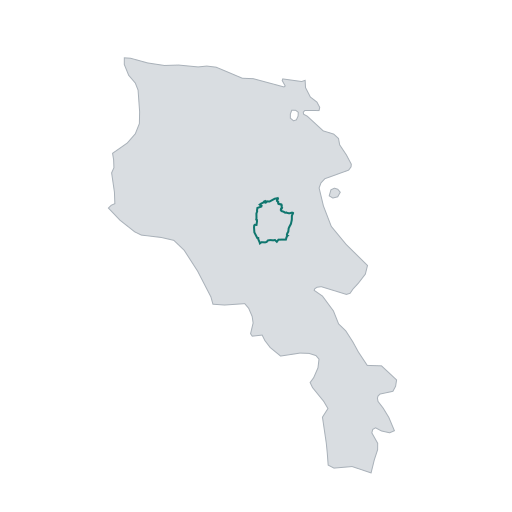 location of Gavar, Gegharkunik, Armenia, rotated 16°
{"feature_id": "60910142B38789049969589", "entity_name": "Gavar", "entity_type": "district", "adm_level": 2, "iso_a3": "ARM", "parent_name": "Armenia", "parent_adm1": "Gegharkunik", "projection": "mercator", "projection_center": [45.138, 40.338], "detail": "fine", "context": "in_parent", "style": "outline", "palette": "teal", "viewbox_px": 512, "rotation_deg": 16, "n_neighbors": 0, "source": "geoboundaries", "source_scale": "gbopen_adm2", "svg_char_len": 5348}
<svg xmlns="http://www.w3.org/2000/svg" viewBox="0 0 512 512"><g transform="rotate(16 256 256)"><path d="M227.9,314.2L223.9,307.7L204.0,286.6L185.4,270.3L172.7,263.6L159.9,264.3L140.0,267.5L132.7,266.2L115.4,259.1L100.9,250.6L102.9,247.1L105.9,244.6L102.3,233.6L94.3,215.9L95.1,210.3L92.6,202.7L89.8,196.8L101.1,182.9L106.3,171.8L107.4,160.9L104.4,149.5L96.9,129.0L92.3,123.0L83.8,117.4L76.6,108.2L74.8,101.8L80.8,100.5L98.5,100.3L115.5,98.1L128.9,93.8L148.3,90.2L156.3,87.0L165.6,85.5L193.9,88.9L204.5,86.3L236.3,85.8L237.2,84.5L232.8,80.1L232.9,78.4L251.8,75.7L254.8,73.6L257.2,80.5L264.4,88.2L272.2,91.3L276.3,95.6L276.5,98.8L262.8,102.7L261.8,104.7L262.7,106.6L266.8,107.5L286.1,117.2L297.1,117.4L302.9,120.3L305.8,126.1L315.0,133.9L322.3,141.5L322.8,144.1L321.4,147.9L300.9,162.7L298.3,167.8L297.9,173.2L307.0,189.3L320.2,206.8L339.4,220.0L365.8,234.4L366.1,243.3L361.9,253.9L358.3,261.1L356.7,265.9L353.5,268.0L327.2,267.5L323.3,269.2L321.5,271.3L321.4,273.0L330.9,276.2L345.6,287.5L354.1,298.5L362.9,303.2L372.8,311.9L380.8,320.0L393.1,330.5L406.9,327.0L425.3,336.4L426.1,342.7L424.9,348.3L413.3,354.5L411.9,357.0L411.9,359.2L413.4,362.2L420.2,367.2L428.2,374.6L437.2,385.8L433.2,389.1L424.8,389.6L418.3,388.2L416.0,390.5L416.1,394.1L424.6,402.5L426.3,408.7L425.9,419.4L426.4,432.8L406.4,431.9L389.4,438.4L383.0,437.1L378.8,425.7L375.1,416.4L364.3,392.6L367.2,382.8L361.2,377.1L346.6,366.9L342.9,362.7L345.0,357.0L346.4,346.4L345.0,337.8L341.1,335.2L333.8,335.0L325.0,337.2L307.2,345.4L294.9,340.1L287.8,334.8L283.7,330.3L274.5,334.1L272.2,332.2L271.7,321.2L269.0,315.2L263.4,308.3L258.3,304.9L239.3,311.8L227.9,314.2ZM257.3,114.0L257.9,109.9L257.0,106.2L254.0,105.0L250.2,106.0L249.9,110.1L251.0,114.0L254.8,115.7L257.3,114.0ZM318.2,176.6L313.9,179.1L309.8,178.0L309.8,171.7L312.7,169.2L316.2,169.3L319.4,171.5L318.2,176.6Z" fill="#d9dde1" stroke="#a8b0b8" stroke-width="1"/><path d="M244.7,215.1L246.0,219.4L246.2,220.9L246.9,221.0L247.4,222.3L247.8,225.2L247.9,226.0L246.3,226.3L245.9,227.0L246.0,227.1L246.1,228.6L246.2,229.0L247.9,233.7L252.2,238.3L253.2,238.1L253.6,239.3L255.6,241.7L256.3,242.8L257.5,241.2L261.0,240.4L262.3,239.6L263.2,237.7L265.5,236.7L268.3,236.2L269.8,235.4L272.1,236.6L273.1,234.1L277.1,232.9L280.2,232.0L280.2,231.6L280.2,231.1L280.2,230.9L280.2,230.7L280.1,230.3L280.2,230.1L280.2,229.8L280.2,229.6L280.2,229.4L280.2,229.2L280.3,229.1L280.4,228.9L280.4,228.7L280.4,228.3L280.5,228.2L280.5,227.9L280.7,227.7L280.3,227.6L280.2,227.6L280.0,227.4L279.9,227.3L279.9,227.1L279.8,226.8L279.8,226.5L279.8,226.3L279.8,226.0L279.9,225.5L279.9,225.4L279.9,225.2L280.0,225.1L280.0,224.8L280.1,224.6L280.2,224.3L280.2,224.2L280.2,223.9L280.3,223.8L280.3,223.6L280.3,223.3L280.2,223.1L280.2,222.9L280.1,222.6L280.1,222.3L280.1,222.2L280.0,221.8L280.0,221.6L279.9,221.2L279.8,220.8L279.8,220.7L279.8,220.3L279.9,219.6L279.9,219.3L280.0,219.1L280.0,218.8L280.1,218.6L280.1,218.4L280.1,218.2L280.2,217.9L280.3,217.5L280.3,217.3L280.5,216.7L280.5,216.4L280.5,216.2L280.6,215.8L280.7,215.7L280.7,215.3L280.7,215.2L280.7,214.9L280.7,214.7L280.6,214.3L280.6,214.0L280.6,213.7L280.6,213.3L280.6,213.1L280.5,212.8L280.5,212.7L280.5,212.4L280.5,211.9L280.5,211.7L280.4,211.5L280.4,211.4L280.4,211.2L280.3,210.9L280.3,210.7L280.2,210.4L280.1,210.1L280.1,209.9L280.0,209.6L279.9,209.3L279.8,209.0L279.8,208.9L279.7,208.5L279.6,208.3L279.6,208.1L279.5,207.8L279.5,207.7L279.4,207.4L279.4,207.1L279.4,206.9L279.5,206.5L279.5,206.3L279.6,206.0L279.6,205.8L279.6,205.7L279.8,205.2L279.8,204.9L279.8,204.6L279.7,204.5L279.7,204.4L279.4,204.3L279.2,204.3L278.8,204.4L278.7,204.4L278.5,204.5L278.4,204.6L278.2,204.6L277.9,204.8L277.6,205.0L277.4,205.2L277.0,205.4L276.6,205.6L276.4,205.7L276.2,205.8L275.9,205.8L275.7,205.9L275.4,205.9L275.1,205.9L274.9,205.9L274.0,206.0L273.8,206.0L273.6,205.9L273.4,205.9L273.2,205.8L272.9,205.9L272.8,206.0L272.6,206.1L272.4,206.2L272.3,206.3L272.2,206.3L271.8,206.3L271.7,206.3L271.5,206.2L271.4,206.2L271.0,206.0L270.7,205.9L270.3,205.9L270.1,205.8L269.9,205.8L269.3,205.8L268.7,205.8L268.4,205.8L268.3,205.7L268.1,205.7L267.9,205.6L267.7,205.5L267.6,205.4L267.4,205.2L267.1,204.9L267.1,204.7L267.2,204.4L267.3,204.4L267.3,204.2L267.2,204.1L267.2,203.9L267.1,203.7L267.3,203.5L267.5,203.5L267.6,203.4L267.7,203.2L267.6,202.9L267.6,202.7L267.7,202.4L267.4,202.2L267.2,202.1L267.2,201.9L267.1,201.6L267.0,201.4L267.0,201.1L266.9,200.9L267.0,200.8L267.0,200.7L266.9,200.6L266.8,200.4L266.7,200.3L266.7,200.2L266.6,199.9L266.4,199.6L266.2,199.4L265.9,199.4L265.8,199.5L265.7,199.4L265.4,199.4L265.3,199.5L265.0,199.7L264.9,199.7L264.7,199.7L264.4,199.5L264.2,199.5L263.9,199.6L263.7,199.6L263.6,199.8L263.3,199.8L263.2,199.7L263.0,199.4L262.9,199.2L262.7,199.1L262.6,198.9L262.5,198.5L262.6,198.4L262.6,198.1L262.5,197.9L262.4,197.9L262.2,197.8L261.9,197.8L261.8,197.7L261.7,197.4L261.6,197.2L261.4,197.1L261.0,197.2L260.9,197.2L260.8,196.9L260.8,196.7L260.7,196.3L260.7,196.1L260.7,195.9L260.8,195.7L260.9,195.4L261.0,195.2L261.2,194.9L261.3,194.9L261.3,194.7L261.2,194.6L261.1,194.8L261.0,194.7L260.9,194.7L260.7,194.5L258.2,195.8L254.0,199.9L252.8,200.2L251.5,200.4L251.4,201.0L250.6,202.1L249.9,202.1L249.5,200.8L248.9,201.2L248.2,202.7L246.5,204.2L245.4,205.6L246.2,206.0L247.5,206.2L247.5,207.0L244.1,209.4L244.4,211.9L244.8,212.6L244.7,215.1Z" fill="none" stroke="#0f766e" stroke-width="2"/></g></svg>